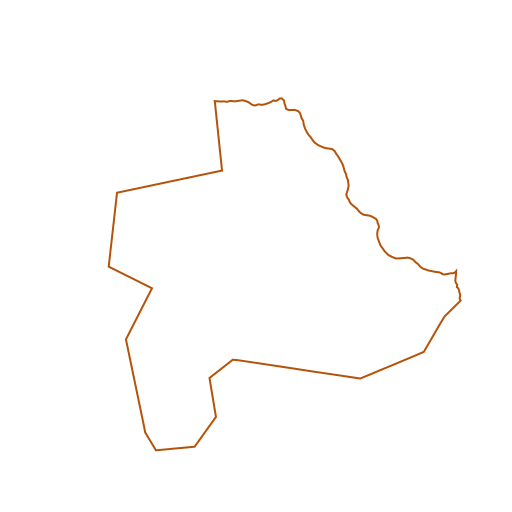 Floriano, Piauí, Brazil (orthographic projection), rotated 65°
{"feature_id": "56859067B20449899107931", "entity_name": "Floriano", "entity_type": "district", "adm_level": 2, "iso_a3": "BRA", "parent_name": "Brazil", "parent_adm1": "Piauí", "projection": "orthographic", "projection_center": [-43.121, -7.002], "detail": "fine", "context": "isolated", "style": "outline", "palette": "amber", "viewbox_px": 512, "rotation_deg": 65, "n_neighbors": 0, "source": "geoboundaries", "source_scale": "gbopen_adm2", "svg_char_len": 1954}
<svg xmlns="http://www.w3.org/2000/svg" viewBox="0 0 512 512"><g transform="rotate(65 256 256)"><path d="M122.4,174.3L122.7,177.3L122.7,179.5L122.3,183.5L121.6,186.6L119.5,189.9L119.3,192.9L118.5,194.4L117.3,195.6L113.3,197.9L111.9,199.2L109.2,202.2L106.9,209.9L104.6,213.7L104.0,217.2L102.2,219.8L101.8,221.2L99.2,226.2L98.2,227.9L164.3,250.7L163.8,252.4L139.9,355.2L203.4,394.0L241.3,363.9L251.9,377.5L276.6,409.1L294.8,413.4L296.9,413.9L363.2,429.5L369.0,431.0L389.8,428.8L402.9,392.2L384.9,360.3L346.9,349.7L340.2,320.9L342.4,317.0L373.8,269.6L375.0,267.8L384.1,254.2L411.1,213.3L413.3,159.7L413.8,144.4L396.7,119.9L390.5,110.7L382.9,89.4L381.3,89.6L380.0,89.1L378.8,88.1L377.2,87.3L374.7,87.0L373.0,86.5L370.7,86.3L369.0,87.1L367.1,85.8L365.1,86.2L362.8,85.9L356.6,82.2L354.3,81.0L355.1,82.8L354.9,84.8L354.1,86.5L352.3,93.3L351.3,94.6L349.8,95.4L348.1,97.0L346.3,100.0L342.1,105.7L338.0,110.0L335.5,111.5L331.7,112.6L329.5,113.8L325.9,115.0L323.4,117.0L321.5,119.2L321.2,120.6L320.1,123.1L319.0,126.6L318.0,128.6L317.5,130.1L314.4,133.1L312.8,134.2L311.4,135.4L310.0,136.0L307.4,136.9L305.2,137.6L303.1,137.9L301.4,138.2L299.5,138.7L297.6,138.6L296.1,138.5L293.6,138.3L290.1,137.9L287.9,137.1L286.1,136.2L284.1,134.8L282.3,132.7L280.5,131.9L277.6,131.8L275.8,131.3L273.2,131.5L269.9,133.8L267.7,135.7L264.1,141.0L262.0,142.5L259.7,143.6L255.9,144.5L249.5,147.6L246.9,148.2L244.0,148.1L242.1,148.6L238.4,148.2L234.4,144.5L231.0,142.1L228.7,141.5L226.3,140.6L222.7,140.5L219.7,139.8L216.3,139.8L210.7,138.8L208.4,138.8L200.8,139.4L196.5,140.2L194.0,140.4L191.1,141.9L187.6,147.5L185.9,149.2L184.7,150.3L182.1,152.6L180.9,153.3L177.6,155.1L174.7,155.7L170.7,156.4L169.2,157.0L166.0,157.5L161.1,157.7L156.7,157.1L153.5,156.1L150.0,156.4L145.4,155.7L142.7,156.4L140.0,159.1L137.8,164.3L135.5,166.5L132.4,165.9L129.7,165.7L126.9,164.9L124.0,166.1L123.3,168.0L124.0,171.2L123.6,173.0L122.4,174.3Z" fill="none" stroke="#b45309" stroke-width="2"/></g></svg>